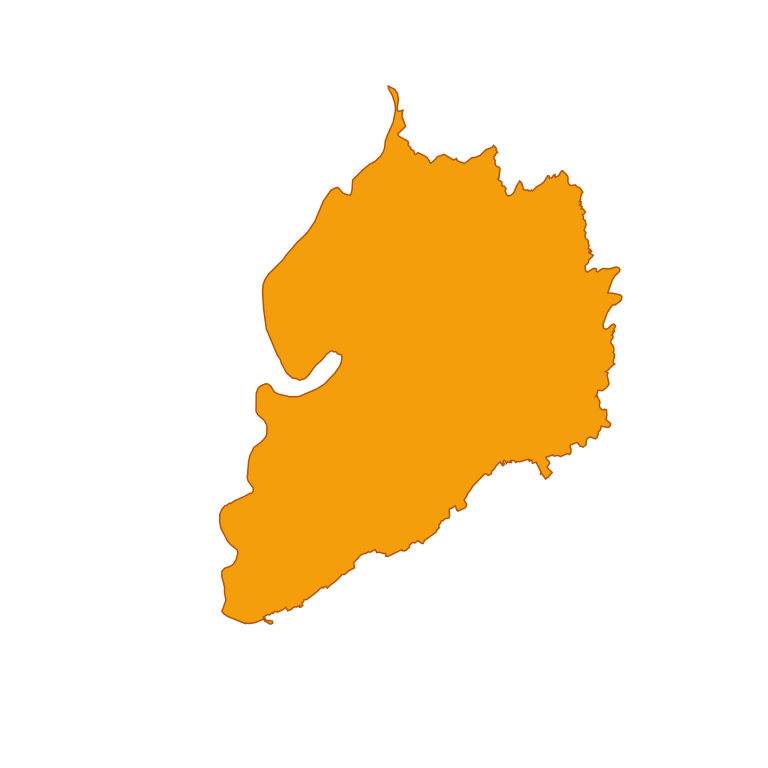 the district of Magura, Khulna, Bangladesh, rotated 222°
{"feature_id": "16705992B78415132034426", "entity_name": "Magura", "entity_type": "district", "adm_level": 2, "iso_a3": "BGD", "parent_name": "Bangladesh", "parent_adm1": "Khulna", "projection": "equal_earth", "projection_center": [89.424, 23.47], "detail": "fine", "context": "isolated", "style": "filled", "palette": "amber", "viewbox_px": 768, "rotation_deg": 222, "n_neighbors": 0, "source": "geoboundaries", "source_scale": "gbopen_adm2", "svg_char_len": 6171}
<svg xmlns="http://www.w3.org/2000/svg" viewBox="0 0 768 768"><g transform="rotate(222 384 384)"><path d="M435.6,240.7L432.5,235.5L422.8,222.7L420.3,221.1L411.9,219.2L409.5,217.0L409.3,213.9L410.4,213.3L412.9,206.1L416.8,197.4L418.1,192.3L419.0,192.2L419.7,188.7L420.8,187.1L420.6,182.4L418.9,177.4L414.3,172.0L408.8,167.7L395.0,162.5L390.5,162.0L381.9,162.5L379.4,160.5L376.2,154.1L375.4,148.9L376.3,145.6L379.1,140.5L379.1,136.3L375.9,132.6L366.8,126.5L362.5,121.8L356.9,117.7L352.3,106.6L349.7,106.0L344.5,106.7L326.6,113.2L326.5,114.2L324.2,115.5L320.1,120.4L316.3,128.6L313.9,128.1L307.9,129.4L307.1,130.5L306.8,132.1L308.2,133.1L314.1,129.2L315.7,130.5L317.3,129.7L317.8,130.2L316.1,134.8L314.7,135.8L314.4,138.4L313.0,139.3L313.1,141.8L310.5,143.2L308.0,149.0L307.5,152.3L303.8,151.0L302.0,154.5L302.0,157.1L300.7,159.2L300.0,159.4L298.6,162.6L297.2,161.6L296.6,162.2L296.2,165.2L298.3,165.7L298.2,167.9L298.9,170.4L297.6,171.6L296.9,173.5L294.9,184.2L294.3,191.1L292.3,192.0L292.9,193.0L291.9,194.8L289.4,194.4L289.6,196.6L287.8,207.0L287.7,214.4L285.8,216.2L285.2,221.5L282.9,227.8L287.0,230.8L286.8,241.3L285.2,245.1L284.3,245.5L283.4,248.8L281.8,249.5L279.9,255.1L276.5,253.9L274.6,256.0L270.2,258.0L269.5,259.1L267.4,257.3L265.5,258.9L260.5,271.5L259.3,273.1L258.4,272.6L256.5,274.4L255.9,280.0L257.1,281.3L256.8,285.5L254.6,286.5L254.2,289.5L253.3,290.5L249.2,290.7L248.2,291.6L249.2,295.0L246.2,308.9L247.1,310.9L246.7,314.3L247.6,314.3L249.2,317.0L248.8,317.8L249.7,320.8L248.6,322.2L248.5,324.8L246.0,327.9L247.2,330.2L251.1,333.6L251.8,335.4L250.7,336.4L249.5,341.2L245.3,338.9L243.9,339.1L241.3,345.2L241.0,347.3L241.5,349.1L242.6,350.1L246.8,351.4L247.3,355.0L248.7,359.5L248.6,362.2L249.7,367.2L249.0,384.4L247.9,385.6L245.3,385.8L244.1,389.3L245.5,391.1L245.2,395.5L245.8,397.6L245.8,403.0L245.3,403.9L243.9,403.2L242.8,404.1L242.3,402.8L241.0,402.8L240.7,404.3L241.5,405.4L243.7,406.2L243.6,407.7L241.7,407.9L239.9,406.6L240.1,408.8L236.7,410.9L237.3,411.7L238.7,411.5L238.6,412.2L235.8,414.3L233.5,413.8L233.2,415.4L231.1,417.0L226.1,425.2L225.4,425.3L225.3,424.2L224.4,423.9L223.3,426.3L220.7,424.4L218.6,427.7L208.3,423.6L207.4,421.7L206.2,422.8L200.3,421.5L199.6,424.9L199.9,430.9L204.3,430.8L207.4,431.5L207.8,436.0L209.3,436.8L214.1,437.4L214.7,438.4L213.2,440.0L211.4,444.3L210.5,443.9L209.0,444.6L206.9,447.4L204.3,448.1L201.1,455.0L198.9,455.8L199.2,458.1L201.5,460.8L203.9,461.8L204.6,463.1L202.2,468.5L200.8,470.0L196.9,469.0L193.7,470.5L193.3,474.0L196.2,477.9L196.3,480.9L195.2,482.7L190.2,484.6L189.9,486.8L191.2,490.0L192.6,491.8L192.5,494.8L194.3,497.9L188.6,501.5L187.8,503.1L188.4,505.3L189.5,506.3L195.2,506.0L197.5,510.0L201.4,513.6L203.3,512.8L203.7,511.4L204.8,510.7L208.3,511.1L209.9,512.5L211.3,515.0L217.6,517.8L218.4,516.4L218.9,519.2L221.0,522.3L217.3,525.1L216.3,529.1L216.4,532.9L216.9,534.7L224.2,539.9L224.9,542.2L227.6,541.3L226.8,543.5L226.7,549.5L225.9,553.3L227.9,553.0L232.1,560.0L234.7,560.8L235.1,562.2L238.3,565.3L243.3,566.4L244.6,568.8L244.5,571.1L246.1,573.0L247.5,572.6L247.5,575.0L249.1,576.1L247.7,577.1L249.9,578.7L250.7,582.1L253.3,582.4L254.3,580.2L254.8,574.9L255.8,573.2L258.0,572.4L261.0,574.6L265.7,586.2L266.9,593.2L267.0,595.9L265.3,597.2L264.2,601.6L263.8,604.5L264.6,606.6L265.8,608.2L268.0,608.3L274.6,604.6L278.7,601.4L284.1,614.5L284.8,618.8L284.3,625.1L285.4,627.1L287.4,627.4L289.8,626.3L293.7,620.2L298.5,616.5L299.8,613.0L300.0,610.2L301.9,610.0L303.4,611.6L304.6,611.1L306.0,609.2L307.7,603.2L309.8,603.0L313.7,606.3L313.3,610.8L314.9,613.6L314.4,617.9L314.8,619.7L319.9,618.7L320.5,619.9L318.5,619.8L318.5,621.7L320.9,622.1L322.9,621.4L324.2,624.0L326.2,625.2L326.9,626.3L329.0,627.3L331.6,627.1L334.3,628.9L335.0,631.6L338.2,632.1L340.3,637.5L343.8,640.1L346.3,640.0L348.1,642.1L349.7,642.4L349.2,644.7L349.5,646.8L353.6,647.2L354.8,646.1L355.4,648.5L356.5,648.0L357.4,648.9L358.5,648.0L358.5,650.2L359.6,651.3L360.8,650.2L361.6,653.0L363.5,654.9L363.3,656.1L364.4,657.1L364.6,659.6L369.7,660.8L372.2,659.9L375.0,660.0L377.9,656.5L380.0,656.0L382.7,657.4L385.2,660.4L387.5,661.6L394.1,662.0L394.6,660.7L393.7,655.5L394.4,653.3L395.6,652.2L397.0,654.1L397.8,652.4L397.3,651.0L397.6,649.0L398.9,647.7L400.6,649.1L401.7,648.1L400.4,641.5L400.7,638.4L402.6,632.2L402.7,627.0L404.3,626.8L404.4,625.6L405.4,624.5L407.0,624.6L408.0,623.0L410.6,622.0L416.2,625.5L419.0,625.7L418.0,620.0L415.6,613.1L415.9,609.3L417.7,606.7L419.1,606.6L423.1,608.5L424.0,610.9L426.9,611.5L428.7,610.3L431.6,612.9L436.4,612.2L436.8,612.9L436.2,613.6L441.8,621.6L443.4,622.2L446.1,621.0L448.5,621.6L451.1,624.7L452.4,624.5L454.5,626.4L454.3,628.5L455.0,629.4L454.5,632.1L456.7,632.6L458.7,634.4L462.2,634.6L462.0,633.1L462.9,630.2L465.1,626.3L465.4,618.4L467.7,613.6L470.1,611.1L471.7,601.8L477.4,599.4L479.2,599.2L481.0,600.0L482.2,597.0L493.0,594.9L496.3,588.8L496.3,582.7L497.1,579.2L503.2,581.1L506.7,580.6L513.5,578.7L513.9,575.9L514.9,575.3L517.9,577.2L521.6,576.4L522.2,577.5L525.9,577.6L527.5,579.9L528.8,580.4L538.1,578.2L540.5,578.4L541.1,579.1L540.3,590.0L549.9,594.9L553.2,600.2L554.2,598.1L556.5,595.9L558.8,597.8L563.5,605.0L568.5,609.0L573.4,610.1L580.2,608.2L578.4,606.5L570.9,604.0L564.8,600.5L561.5,598.1L557.7,593.8L552.1,584.1L548.1,571.7L545.6,565.4L541.7,560.1L540.1,556.6L539.1,551.9L539.5,543.8L541.7,537.7L542.9,530.3L543.8,514.6L537.6,506.9L535.3,502.3L537.0,500.4L542.1,498.4L549.8,499.2L551.5,496.8L553.1,492.3L551.5,479.4L544.2,458.8L542.6,448.1L542.3,443.1L543.3,430.5L542.9,414.7L542.2,408.3L543.3,388.8L542.3,382.0L540.3,376.9L536.5,371.9L524.1,359.6L508.4,346.3L482.6,334.1L477.4,332.8L474.7,331.0L463.7,327.0L456.0,327.1L452.2,329.7L449.4,330.1L446.4,335.2L446.0,339.8L447.3,352.0L446.3,359.1L446.6,367.3L445.8,372.2L445.0,373.8L443.0,374.2L441.8,375.6L437.9,375.5L435.1,377.3L433.0,375.6L430.1,371.2L428.8,367.4L427.8,359.2L428.2,344.3L430.7,335.2L438.8,317.8L445.2,311.6L456.4,305.5L460.5,304.7L466.5,306.6L470.3,306.3L472.0,305.1L472.9,303.3L474.4,299.9L474.8,296.9L472.7,291.5L460.7,278.0L457.1,276.7L448.9,276.8L444.6,275.5L442.3,273.9L437.7,268.5L436.5,265.9L436.3,262.1L436.5,258.4L438.2,249.8L435.6,240.7Z" fill="#f59e0b" stroke="#b45309" stroke-width="1.5"/></g></svg>